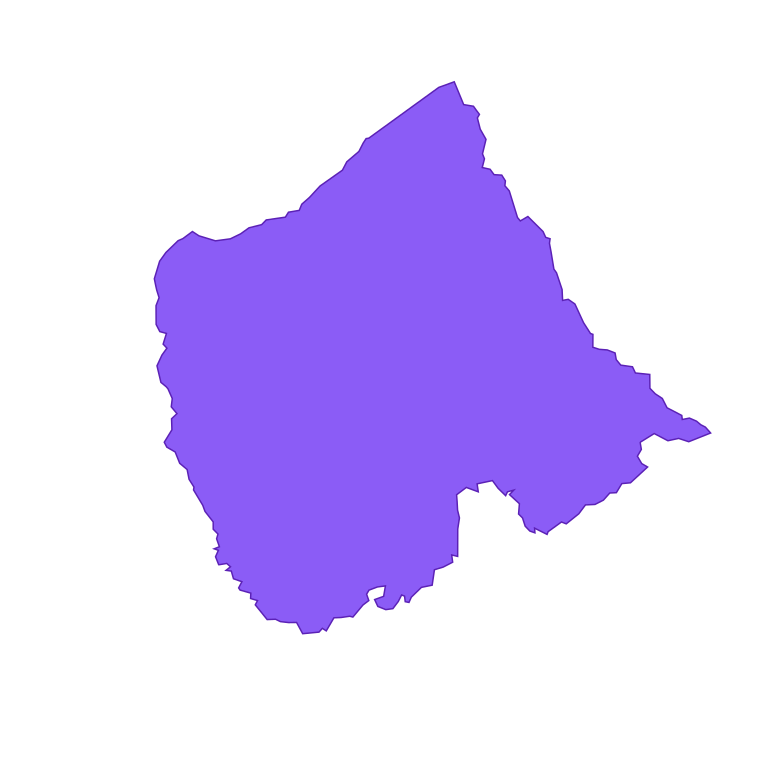 San Germán, Puerto Rico (Robinson projection), rotated 232°
{"feature_id": "32010507B44684662227535", "entity_name": "San Germán", "entity_type": "district", "adm_level": 2, "iso_a3": "PRI", "parent_name": "Puerto Rico", "parent_adm1": "", "projection": "robinson", "projection_center": [-67.051, 18.113], "detail": "fine", "context": "isolated", "style": "filled", "palette": "violet", "viewbox_px": 768, "rotation_deg": 232, "n_neighbors": 0, "source": "geoboundaries", "source_scale": "gbopen_adm2", "svg_char_len": 2727}
<svg xmlns="http://www.w3.org/2000/svg" viewBox="0 0 768 768"><g transform="rotate(232 384 384)"><path d="M144.3,611.2L152.2,610.7L157.0,608.5L162.3,607.4L169.1,603.7L172.4,597.2L175.9,599.3L191.0,592.4L201.2,594.4L209.3,591.7L216.9,590.9L227.9,599.3L237.9,588.9L244.6,590.4L253.1,582.2L260.2,582.0L266.2,585.2L273.4,580.9L278.8,575.0L284.4,571.2L294.5,579.2L296.7,577.8L309.5,579.0L329.5,583.7L337.3,581.3L339.9,576.2L348.8,582.5L365.4,588.4L369.9,588.6L385.1,596.9L393.0,601.0L396.2,604.3L400.0,601.7L406.2,603.2L427.4,600.5L428.6,591.8L433.0,591.7L459.0,601.6L465.8,601.3L469.3,604.7L476.1,605.4L481.2,599.6L487.9,599.8L494.1,594.7L499.6,601.8L504.7,603.3L514.0,615.0L525.5,616.7L536.2,621.4L537.7,625.2L543.5,625.3L547.8,625.5L555.1,618.8L578.9,625.4L584.0,609.8L587.1,523.3L588.4,521.0L586.7,516.0L582.7,507.4L582.0,491.5L578.1,482.9L579.4,455.6L576.9,440.1L576.3,429.9L573.0,424.1L578.2,414.5L576.2,409.0L585.8,392.2L584.9,385.7L590.2,373.8L590.6,363.5L593.0,352.3L600.6,339.3L614.7,329.4L622.1,326.9L622.4,315.0L623.7,310.0L621.9,293.1L618.9,282.8L608.3,267.8L602.1,264.7L597.9,262.7L590.5,259.9L586.1,252.6L571.2,241.1L563.3,239.6L557.8,243.7L551.4,234.5L545.9,235.0L543.5,226.8L538.1,216.3L522.6,209.2L515.9,210.7L513.2,210.8L502.9,208.2L497.0,202.3L488.1,202.6L487.4,195.2L478.5,188.7L473.4,175.0L467.9,174.0L459.0,177.6L451.4,175.4L447.3,174.2L437.8,176.2L428.9,171.7L419.8,170.8L417.8,168.7L400.0,166.5L393.8,164.5L380.5,164.5L374.7,160.0L368.0,160.8L365.1,156.8L357.1,154.1L358.7,148.7L354.9,151.1L351.6,144.9L343.4,142.5L343.1,142.8L339.4,149.6L334.5,150.5L334.4,144.8L330.6,148.5L323.2,145.5L315.7,150.3L312.8,143.9L310.2,143.7L301.2,150.3L297.1,146.8L291.2,151.0L289.2,146.6L270.3,146.9L265.4,153.7L260.5,156.1L254.7,162.0L249.9,168.3L237.3,166.2L228.5,180.0L229.4,185.0L225.0,186.5L230.6,200.6L226.5,206.3L222.1,214.0L219.5,216.0L222.8,231.4L222.7,238.7L229.1,240.9L230.8,245.3L228.1,253.9L224.0,260.8L216.9,253.0L219.9,243.9L212.5,242.2L205.1,246.5L201.5,252.7L203.8,261.3L206.9,268.0L204.2,269.6L199.4,266.7L196.5,269.2L199.2,274.3L200.7,288.3L195.8,298.1L206.6,309.4L203.3,317.9L201.3,328.4L207.6,332.1L202.8,335.9L224.3,352.8L232.0,361.0L239.3,364.3L246.3,369.2L252.0,373.0L251.8,385.2L241.0,391.9L248.0,395.9L241.1,410.0L231.6,409.7L221.1,411.1L223.0,414.9L220.5,420.9L219.6,414.8L206.3,417.0L198.7,410.0L193.2,410.7L185.0,407.7L178.3,408.4L173.8,411.3L177.7,413.9L165.1,419.9L166.6,422.4L166.0,438.9L161.6,441.5L161.8,457.6L164.7,468.3L159.2,476.1L157.4,485.4L159.1,494.8L155.3,500.2L159.1,510.1L154.4,517.4L156.3,540.6L162.6,538.1L171.1,539.2L174.0,546.5L180.1,549.8L180.3,550.5L178.6,566.4L164.5,572.8L159.7,582.7L150.9,588.6L144.3,611.2Z" fill="#8b5cf6" stroke="#5b21b6" stroke-width="1.5"/></g></svg>